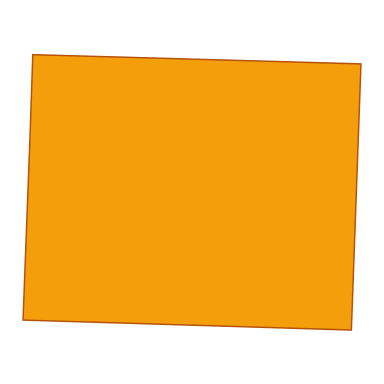 Scott, Kansas, United States of America (Natural Earth projection), rotated 272°
{"feature_id": "52423323B73647157013897", "entity_name": "Scott", "entity_type": "district", "adm_level": 2, "iso_a3": "USA", "parent_name": "United States of America", "parent_adm1": "Kansas", "projection": "natural_earth1", "projection_center": [-100.891, 38.482], "detail": "fine", "context": "isolated", "style": "filled", "palette": "amber", "viewbox_px": 384, "rotation_deg": 272, "n_neighbors": 0, "source": "geoboundaries", "source_scale": "gbopen_adm2", "svg_char_len": 248}
<svg xmlns="http://www.w3.org/2000/svg" viewBox="0 0 384 384"><g transform="rotate(272 192 192)"><path d="M323.7,28.1L244.9,28.2L58.1,27.6L59.6,356.1L73.0,356.1L325.9,356.4L323.7,28.1Z" fill="#f59e0b" stroke="#b45309" stroke-width="1.5"/></g></svg>